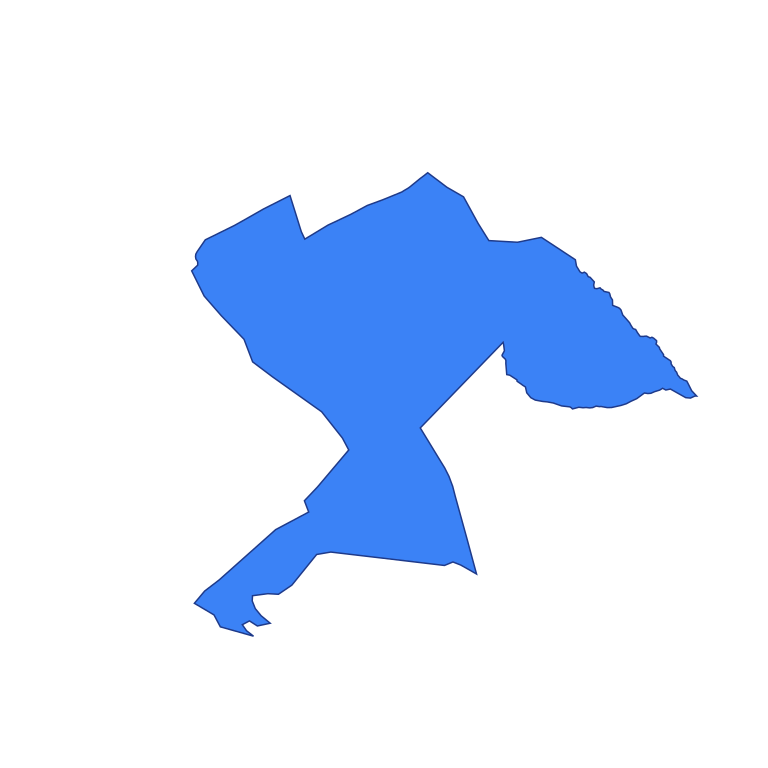 Ayawaso West, Greater Accra, Ghana, rotated 332°
{"feature_id": "2480657B22724340600972", "entity_name": "Ayawaso West", "entity_type": "district", "adm_level": 2, "iso_a3": "GHA", "parent_name": "Ghana", "parent_adm1": "Greater Accra", "projection": "orthographic", "projection_center": [-0.161, 5.632], "detail": "fine", "context": "isolated", "style": "filled", "palette": "blue", "viewbox_px": 768, "rotation_deg": 332, "n_neighbors": 0, "source": "geoboundaries", "source_scale": "gbopen_adm2", "svg_char_len": 2619}
<svg xmlns="http://www.w3.org/2000/svg" viewBox="0 0 768 768"><g transform="rotate(332 384 384)"><path d="M521.8,218.0L518.7,218.5L517.9,218.7L512.6,219.5L498.9,222.2L497.2,222.4L495.4,222.5L492.7,222.6L490.3,222.8L489.7,222.8L474.6,221.3L469.0,220.7L453.0,218.5L434.2,218.6L409.2,217.4L382.1,218.9L382.5,210.8L383.1,207.4L386.2,191.1L388.9,176.6L389.5,173.5L359.7,172.9L346.5,173.3L326.4,173.8L293.9,172.8L281.2,179.4L278.8,181.0L277.4,183.0L276.6,185.3L276.9,187.9L276.6,189.2L275.3,191.6L267.3,193.8L266.5,221.9L272.4,247.3L281.4,278.8L278.4,302.8L288.9,325.3L315.9,379.2L321.9,412.2L321.9,425.7L276.9,443.7L258.9,449.7L257.4,461.7L248.5,461.7L220.0,461.7L146.5,479.6L128.5,482.6L113.6,488.6L125.5,508.1L125.5,521.6L150.4,545.4L146.8,537.3L145.9,530.0L154.0,530.0L158.6,538.2L171.2,541.8L166.7,530.9L164.9,521.9L165.8,513.7L168.5,509.2L183.0,514.6L192.1,520.1L208.3,518.3L244.5,502.9L258.1,507.4L297.4,534.6L352.2,572.6L361.3,573.5L366.7,579.8L376.5,595.2L378.9,584.6L384.5,560.1L394.3,516.1L396.6,506.6L397.2,502.0L398.0,496.1L398.2,486.6L397.5,475.3L395.4,439.8L508.7,403.1L508.1,405.4L505.9,411.2L501.7,414.0L501.5,415.3L502.8,419.1L502.6,420.6L501.2,423.1L496.8,433.3L499.2,435.3L503.3,442.7L502.8,444.1L505.0,448.3L506.0,450.4L507.5,453.0L505.9,458.8L507.2,465.0L510.0,469.2L515.9,473.9L519.7,476.4L524.6,480.3L526.7,482.6L530.6,486.8L537.3,491.4L538.2,492.8L538.7,494.5L545.1,496.0L548.6,498.4L551.4,499.6L554.3,501.6L557.2,502.8L560.9,503.1L563.7,505.2L565.0,505.7L570.1,509.7L573.9,511.6L583.2,514.2L588.7,515.2L593.9,515.2L600.3,515.6L609.7,514.2L612.5,516.3L615.3,517.5L619.3,517.8L624.5,518.8L628.0,518.6L630.0,521.6L634.5,522.9L644.0,537.7L648.0,540.3L652.9,540.6L654.4,541.4L652.5,534.4L652.7,525.9L652.7,523.6L650.6,521.2L649.5,519.3L648.4,518.1L647.9,515.6L647.5,514.1L647.9,510.9L647.5,509.4L647.5,508.0L648.0,505.8L647.1,503.9L647.0,500.9L647.8,499.4L647.8,497.9L643.9,490.7L644.6,489.3L643.9,482.5L644.3,480.9L642.9,476.4L644.4,475.0L645.0,473.7L643.6,470.1L642.5,468.5L640.6,468.3L638.3,465.0L636.6,464.2L635.4,463.8L632.7,462.3L632.4,461.4L631.9,457.6L631.8,454.0L630.5,452.7L629.9,451.8L629.6,448.3L629.6,445.2L628.5,440.4L627.2,435.2L628.0,429.9L627.5,427.7L626.5,426.2L622.8,421.9L625.2,417.0L624.9,413.5L625.7,410.3L625.6,408.8L621.8,405.6L621.3,403.5L620.4,402.4L619.9,400.5L616.7,399.8L614.8,398.4L615.1,396.6L615.6,395.1L617.6,392.6L616.1,386.6L614.7,385.1L614.7,381.6L613.4,379.3L611.4,379.2L610.6,378.6L609.7,376.9L609.3,370.3L611.3,364.1L591.8,328.4L568.4,321.5L543.9,306.6L542.5,286.4L542.1,256.1L531.9,239.8L521.8,218.0Z" fill="#3b82f6" stroke="#1e3a8a" stroke-width="1.5"/></g></svg>